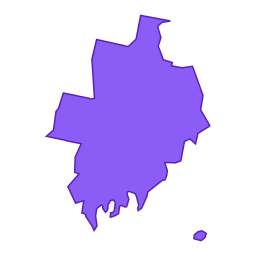 the district of Lincoln, Maine, United States of America
{"feature_id": "52423323B80760419757691", "entity_name": "Lincoln", "entity_type": "district", "adm_level": 2, "iso_a3": "USA", "parent_name": "United States of America", "parent_adm1": "Maine", "projection": "robinson", "projection_center": [-69.539, 44.048], "detail": "fine", "context": "isolated", "style": "filled", "palette": "violet", "viewbox_px": 256, "rotation_deg": 0, "n_neighbors": 0, "source": "geoboundaries", "source_scale": "gbopen_adm2", "svg_char_len": 1340}
<svg xmlns="http://www.w3.org/2000/svg" viewBox="0 0 256 256"><path d="M140.7,15.4L136.1,39.1L134.0,41.1L128.2,46.6L96.6,39.5L96.2,41.3L91.9,59.4L94.5,98.3L91.7,98.9L63.4,93.0L58.5,108.3L56.0,111.5L53.5,130.0L46.4,136.3L64.6,140.1L67.0,140.9L81.2,143.7L75.2,157.1L74.7,172.3L79.0,173.9L67.9,186.7L75.6,203.2L83.7,200.7L81.9,213.0L82.1,212.9L83.5,213.2L85.7,214.7L85.7,216.3L92.0,225.9L94.1,230.5L97.0,225.9L96.3,221.1L95.6,215.9L96.7,208.7L101.2,205.0L102.8,205.9L102.7,208.4L105.5,212.3L107.3,210.4L108.0,208.2L107.9,205.3L110.6,200.4L113.6,200.0L115.3,202.9L114.3,210.7L112.4,212.8L110.6,212.7L110.2,216.8L110.7,217.3L115.5,215.5L118.6,213.6L119.5,206.5L120.4,205.7L121.7,205.5L124.9,207.0L126.6,206.7L128.9,199.1L127.2,194.8L127.1,192.7L127.5,192.0L129.2,191.4L129.3,191.4L135.1,193.6L136.5,196.4L138.7,205.4L137.7,208.3L138.2,210.6L141.7,208.1L147.0,196.1L147.8,191.9L161.8,180.7L165.1,179.7L166.7,175.5L167.3,170.7L164.8,162.5L175.5,162.8L180.8,160.8L184.5,141.3L190.0,139.0L195.5,143.9L197.9,133.4L209.6,126.1L209.6,125.3L200.6,109.8L203.0,95.6L197.5,80.2L192.5,66.3L181.9,67.8L171.5,65.8L172.3,62.6L163.3,59.7L158.2,46.1L160.9,37.7L157.6,26.4L162.0,22.4L170.4,21.0L140.7,15.4ZM194.3,234.7L193.9,238.7L201.2,240.6L204.9,237.7L206.3,233.4L201.9,230.8L197.9,231.8L194.3,234.7Z" fill="#8b5cf6" stroke="#5b21b6" stroke-width="1.5"/></svg>